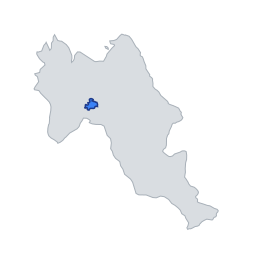 Sudong, Hamgyŏng-namdo, North Korea shown in context, rotated 98°
{"feature_id": "82179303B18733431209554", "entity_name": "Sudong", "entity_type": "district", "adm_level": 2, "iso_a3": "PRK", "parent_name": "North Korea", "parent_adm1": "Hamgyŏng-namdo", "projection": "mercator", "projection_center": [126.895, 39.37], "detail": "fine", "context": "in_parent", "style": "filled", "palette": "blue", "viewbox_px": 256, "rotation_deg": 98, "n_neighbors": 0, "source": "geoboundaries", "source_scale": "gbopen_adm2", "svg_char_len": 4386}
<svg xmlns="http://www.w3.org/2000/svg" viewBox="0 0 256 256"><g transform="rotate(98 128 128)"><path d="M152.9,195.4L151.9,195.9L150.1,199.1L148.5,203.0L146.9,205.2L145.1,206.3L143.1,207.0L139.3,207.3L135.8,207.1L134.6,206.6L129.8,206.9L128.4,207.2L121.5,206.9L117.9,207.2L115.6,208.0L113.2,209.6L111.2,212.0L109.4,214.5L105.8,219.2L103.3,221.5L103.2,224.8L103.2,225.8L102.3,226.5L102.0,226.2L100.5,225.9L94.6,222.9L89.8,224.8L88.5,227.2L87.3,227.9L85.3,223.2L82.2,223.1L77.2,219.0L75.0,219.8L74.5,221.5L71.7,225.3L67.9,228.4L66.6,228.8L65.2,228.6L65.4,227.7L63.8,224.2L57.8,222.8L55.6,221.3L54.5,221.0L60.4,217.1L62.0,216.4L60.8,215.4L59.5,215.0L54.6,215.6L52.1,214.3L48.4,214.7L45.8,213.7L51.1,209.8L51.4,207.5L51.3,205.8L54.0,200.7L56.8,197.8L63.8,193.8L66.9,193.2L69.1,193.4L70.9,193.0L69.0,191.5L67.1,190.8L63.5,190.9L59.7,188.6L59.4,186.1L66.7,170.5L66.8,169.1L65.7,165.3L65.3,161.5L60.0,159.4L57.7,159.1L51.0,154.9L48.3,152.8L47.2,153.4L47.0,156.8L46.0,157.5L44.3,158.2L43.4,154.3L41.9,151.6L37.5,148.7L35.9,147.2L36.6,143.8L36.2,143.5L37.0,139.7L39.7,136.7L46.4,131.5L48.2,129.0L51.6,126.1L53.1,126.2L54.7,125.9L55.2,124.7L55.5,123.7L56.9,122.8L60.2,121.2L63.9,119.0L66.9,118.5L70.6,115.3L72.1,113.9L73.5,113.9L74.0,113.2L74.8,111.6L76.0,110.5L77.6,110.3L80.2,109.5L83.5,109.1L85.8,106.4L86.6,104.5L88.1,102.4L91.2,100.1L93.4,96.7L95.8,93.0L97.0,91.8L98.1,91.6L98.8,90.2L99.6,86.2L100.7,82.4L101.3,80.6L104.1,78.6L104.8,77.6L105.5,77.3L106.8,77.6L108.5,76.4L110.1,75.1L111.6,75.6L113.1,76.6L114.7,78.8L115.4,80.5L116.7,81.9L116.9,83.9L118.2,84.8L120.8,85.3L125.2,86.7L128.0,86.8L129.6,87.8L132.9,88.4L139.6,87.6L142.4,88.0L143.5,89.3L145.2,90.3L146.4,90.4L147.8,88.6L149.4,85.8L150.5,83.6L150.4,81.9L149.5,80.0L147.3,78.3L145.9,75.6L144.5,72.8L143.6,71.9L143.0,70.5L142.8,68.5L143.3,67.1L146.7,66.1L151.0,65.6L154.4,66.1L160.2,65.7L163.8,65.0L166.4,65.1L168.9,65.1L169.9,63.9L173.3,61.0L175.0,60.0L176.8,58.0L177.1,56.0L177.4,54.3L178.4,52.5L180.2,50.3L181.7,49.3L183.4,49.5L185.2,50.5L186.3,51.5L187.6,51.2L188.6,49.5L189.3,49.1L191.4,49.0L192.0,47.9L192.8,42.8L193.6,38.8L193.7,36.0L195.6,31.3L196.1,28.5L197.2,27.2L198.5,27.3L199.5,28.1L200.8,28.6L202.6,28.2L203.8,28.9L204.6,30.4L207.1,31.4L207.4,32.2L207.3,37.3L208.8,39.6L210.6,41.8L213.3,43.7L214.6,44.1L215.5,45.5L216.3,47.9L218.1,50.3L219.1,51.9L219.3,53.7L220.1,54.7L218.7,55.8L216.7,55.1L213.5,54.7L209.3,58.2L207.0,59.4L205.4,62.8L202.1,64.8L200.4,66.9L198.1,70.6L196.6,74.2L193.1,77.8L191.0,82.4L190.9,86.3L193.2,90.3L193.4,93.7L191.8,100.6L192.7,108.0L191.7,110.9L181.0,115.9L178.2,118.4L174.3,124.9L169.5,127.3L166.5,130.0L162.4,131.5L159.8,136.1L156.9,138.7L153.4,140.2L150.9,142.3L145.1,142.4L141.0,143.8L138.2,147.6L129.5,151.9L128.3,155.1L128.9,160.2L128.9,164.0L128.1,167.1L126.2,166.3L125.2,167.3L124.1,170.2L124.4,173.5L127.4,174.6L129.8,175.9L133.3,176.6L135.8,178.2L141.2,185.1L145.6,188.2L146.7,189.3L149.3,190.8L151.6,193.2L152.9,195.4ZM52.0,161.2L50.4,162.2L50.3,160.3L51.6,158.7L52.9,158.5L52.0,161.2Z" fill="#d9dde1" stroke="#a8b0b8" stroke-width="1"/><path d="M115.7,169.1L114.9,168.9L114.3,168.4L113.8,167.9L113.7,167.1L113.6,166.2L113.5,165.7L113.5,165.2L113.4,164.8L113.1,164.2L112.6,163.8L112.0,163.8L111.5,163.6L111.3,163.4L111.0,162.8L111.0,162.4L111.0,162.0L111.0,161.4L111.0,161.2L110.7,161.3L110.2,161.4L109.8,161.4L109.2,161.4L108.7,161.5L108.2,161.7L107.6,162.0L106.9,162.5L106.9,162.8L107.0,163.3L106.9,163.9L106.5,164.3L106.4,164.6L106.4,165.0L106.6,165.3L106.5,165.7L106.4,166.2L106.3,166.5L106.2,166.9L106.1,167.3L105.6,166.8L105.3,166.5L105.0,166.3L104.7,166.4L104.2,167.3L104.1,168.0L104.0,168.4L104.1,168.9L104.2,169.3L104.3,169.5L104.5,169.7L104.7,169.9L104.9,170.1L105.1,170.1L105.3,170.2L105.7,170.1L106.0,170.0L106.6,169.6L107.0,169.5L107.5,169.5L107.9,169.7L108.0,169.8L108.2,170.1L108.3,170.4L108.4,171.1L108.6,171.3L108.8,171.3L108.9,171.1L109.2,170.7L109.4,170.6L109.9,170.5L110.3,170.6L110.5,170.7L110.7,170.9L110.8,171.1L110.9,171.4L111.0,171.6L111.0,171.9L110.9,172.1L110.6,172.9L110.7,173.1L110.9,173.3L111.1,173.4L111.3,173.4L111.5,173.4L112.1,173.2L112.3,173.2L112.8,173.2L113.0,173.3L113.7,173.6L113.9,173.6L114.1,173.5L114.2,173.3L114.2,173.0L114.1,172.8L113.6,171.8L113.6,171.6L113.6,171.4L113.8,171.2L114.0,171.1L114.4,171.0L115.1,170.9L115.4,170.7L115.6,170.4L115.6,170.2L115.7,169.2L115.7,169.1Z" fill="#3b82f6" stroke="#1e3a8a" stroke-width="1.5"/></g></svg>